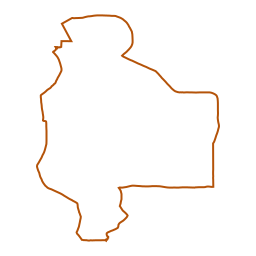 outline of S'ang, Kândal, Cambodia
{"feature_id": "14789045B53905428212695", "entity_name": "S'ang", "entity_type": "district", "adm_level": 2, "iso_a3": "KHM", "parent_name": "Cambodia", "parent_adm1": "Kândal", "projection": "albers", "projection_center": [105.024, 11.319], "detail": "fine", "context": "isolated", "style": "outline", "palette": "amber", "viewbox_px": 256, "rotation_deg": 0, "n_neighbors": 0, "source": "geoboundaries", "source_scale": "gbopen_adm2", "svg_char_len": 4686}
<svg xmlns="http://www.w3.org/2000/svg" viewBox="0 0 256 256"><path d="M43.0,120.5L43.6,120.9L44.6,121.0L45.7,121.2L46.1,121.6L46.2,122.4L46.3,123.6L46.3,126.3L46.5,131.1L46.5,136.3L46.5,137.9L46.5,141.0L46.4,144.0L45.6,147.2L44.7,150.5L44.1,152.2L43.5,153.5L42.5,155.3L41.6,157.5L39.0,162.1L38.1,163.6L37.3,164.8L37.1,165.5L37.0,166.7L37.3,167.8L37.6,168.8L37.9,169.7L38.2,170.6L38.6,171.5L39.2,172.8L39.7,174.8L40.2,176.6L40.8,177.9L41.2,178.6L41.4,179.0L41.7,179.6L42.0,180.7L43.1,182.7L44.1,184.1L45.4,185.8L46.4,186.6L47.4,187.6L48.6,188.3L50.2,188.9L51.4,189.3L53.3,190.2L55.9,191.4L58.1,192.4L60.5,193.5L62.5,194.6L64.3,195.8L66.5,197.1L68.4,198.3L70.0,199.2L71.7,200.0L73.1,200.9L74.7,201.7L76.4,202.7L77.3,203.4L77.6,204.6L77.8,207.3L78.4,209.5L78.8,210.8L79.1,211.7L79.1,212.3L79.6,213.2L80.2,215.0L80.8,216.6L80.7,218.0L80.2,220.2L79.8,222.4L79.3,224.7L78.9,226.7L78.2,228.5L77.4,230.7L76.8,231.8L76.6,232.5L77.1,233.7L78.6,235.3L80.1,237.3L81.3,239.0L81.8,239.8L82.2,239.8L83.4,240.1L84.0,240.1L85.3,240.2L85.9,240.2L86.4,240.2L87.5,240.4L88.4,240.5L89.0,240.6L90.4,240.3L92.2,240.4L94.8,240.3L105.2,240.2L105.9,240.6L105.9,239.6L106.3,239.4L106.8,239.7L107.2,239.7L107.5,239.2L107.6,238.1L108.2,237.8L108.2,236.7L107.2,236.1L106.8,235.1L106.6,234.0L106.8,233.2L107.8,232.4L109.4,231.7L111.1,230.9L112.6,230.4L114.4,229.6L115.6,229.1L116.6,228.5L117.7,227.9L118.2,226.8L118.4,225.9L118.4,225.0L119.0,223.8L119.8,222.9L121.4,221.8L123.0,220.8L124.4,219.6L125.9,218.1L126.8,217.1L127.6,215.6L127.2,214.8L126.1,213.6L125.2,212.7L122.7,210.5L121.2,208.2L120.2,206.6L119.8,206.1L120.6,203.4L120.9,201.6L121.5,199.2L121.5,196.3L121.5,194.0L120.7,190.8L119.7,189.1L118.8,187.9L119.7,187.5L121.3,187.6L122.5,187.6L124.4,187.3L126.4,187.0L128.0,186.6L130.0,186.1L132.0,185.7L134.4,185.7L136.9,185.9L140.2,186.1L142.3,186.3L145.9,186.4L148.0,186.4L150.2,186.3L152.8,186.1L155.1,186.1L157.9,186.2L159.9,186.3L161.9,186.6L164.3,187.0L166.2,187.3L167.8,187.5L169.8,187.6L171.1,187.6L172.4,187.6L174.4,187.5L176.2,187.6L178.5,187.6L181.3,187.4L183.6,187.3L186.2,187.3L188.7,187.4L191.7,187.5L193.6,187.5L194.6,187.6L195.8,187.3L197.1,187.3L199.0,187.2L200.9,187.2L202.1,187.2L203.6,187.2L205.0,187.1L206.4,186.7L207.8,186.5L209.4,186.6L210.8,186.8L212.0,186.9L213.3,186.8L213.2,179.7L213.1,177.9L213.2,176.3L213.1,174.1L213.1,171.8L213.2,169.4L213.1,143.4L214.1,141.8L214.6,140.5L215.4,138.2L216.3,135.3L217.1,133.3L217.8,131.1L218.4,128.7L218.8,127.4L219.0,126.1L218.8,124.4L218.4,122.8L218.1,121.2L217.8,119.0L217.7,117.5L217.9,115.4L218.0,113.3L217.9,110.0L217.9,106.7L217.9,103.2L217.8,100.9L217.7,99.9L217.6,98.5L216.9,96.3L216.3,95.3L214.8,94.2L213.2,93.4L211.9,92.9L210.8,92.6L209.5,92.4L207.9,92.4L206.3,92.4L202.6,92.4L199.6,92.4L196.9,92.5L194.7,92.5L191.5,92.4L189.3,92.4L186.8,92.3L185.3,92.4L183.8,92.5L182.3,92.3L181.6,92.4L180.7,92.3L179.6,92.4L177.7,92.1L175.3,91.3L173.8,90.3L171.6,88.4L169.7,86.2L167.3,83.8L165.5,81.7L163.5,79.6L161.7,77.8L160.7,76.5L160.0,75.8L158.3,73.8L156.8,72.3L155.6,71.1L152.1,69.6L149.6,68.6L146.1,66.9L143.6,65.9L140.8,64.6L138.1,63.5L135.8,62.4L133.9,61.5L132.0,60.6L130.6,60.1L128.2,59.0L126.0,57.9L123.9,56.9L122.6,56.2L122.1,55.7L122.6,55.2L123.2,54.6L124.2,53.7L125.4,52.8L126.9,51.5L127.6,50.7L128.2,50.1L128.7,49.6L129.4,48.8L130.7,47.3L131.6,45.8L132.3,44.0L132.6,42.4L132.6,40.3L132.5,37.6L132.4,35.5L132.3,34.1L132.0,32.7L131.9,31.8L131.4,30.7L130.8,29.6L130.0,28.0L129.1,26.6L128.4,25.1L126.9,22.9L125.8,21.7L124.2,20.4L122.7,19.1L120.6,17.9L119.1,17.3L117.4,16.7L115.6,16.0L114.5,15.9L113.6,15.9L112.1,15.9L110.0,15.7L107.9,15.6L104.8,15.5L102.2,15.4L99.6,15.4L97.2,15.4L94.7,15.6L93.2,15.8L91.5,16.1L90.5,16.2L89.8,16.3L89.0,16.3L87.6,16.5L85.4,17.0L82.6,17.8L78.7,18.0L75.6,18.1L74.3,18.2L73.6,18.2L72.8,18.0L72.1,18.0L61.9,23.7L70.8,40.3L71.3,41.2L61.5,41.1L61.2,46.9L60.8,47.1L60.2,47.3L59.7,47.2L59.3,47.4L58.7,47.5L58.1,47.2L57.5,47.1L57.2,47.5L57.0,48.4L56.6,48.3L56.4,47.8L56.5,47.3L56.2,47.0L55.5,47.0L56.0,47.9L56.1,49.0L55.7,49.8L54.9,50.6L53.9,51.3L53.2,51.7L53.1,52.1L54.2,53.2L55.7,54.9L57.2,56.7L58.1,58.2L58.9,59.8L59.4,61.4L59.8,62.4L60.4,64.4L60.9,66.3L61.3,67.8L61.5,68.9L61.5,70.2L61.3,71.1L60.5,72.7L59.9,73.9L59.3,75.1L58.8,76.0L58.4,76.7L57.8,77.6L57.4,78.6L56.9,79.6L56.2,80.8L55.9,81.7L55.4,82.9L54.8,83.6L54.1,84.0L53.7,84.6L52.8,85.4L52.4,85.8L51.7,86.2L51.0,87.3L50.0,88.2L48.5,89.1L47.1,90.1L46.0,91.2L44.5,92.5L43.1,93.5L42.0,94.3L41.2,94.9L40.8,95.4L40.8,95.9L40.8,97.2L41.0,98.8L41.1,100.2L41.2,102.3L41.5,104.0L41.7,105.8L41.8,107.4L42.0,109.0L42.3,110.6L42.6,112.0L42.8,113.7L43.0,114.8L43.2,116.3L43.3,117.2L43.2,118.7L43.0,119.9L43.0,120.5Z" fill="none" stroke="#b45309" stroke-width="2"/></svg>